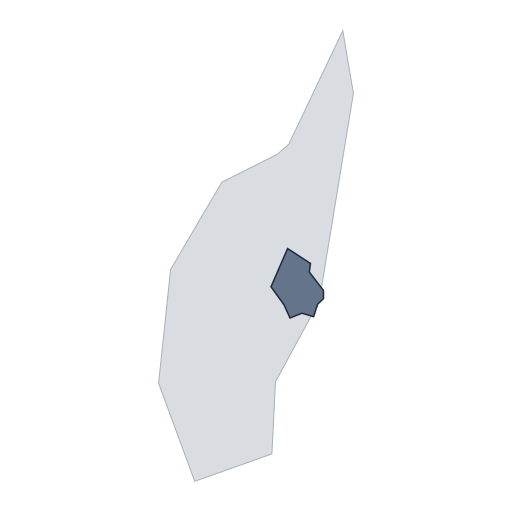 Melekeok highlighted on a map of Palau
{"feature_id": "PLW-5250", "entity_name": "Melekeok", "entity_type": "state/province", "adm_level": 1, "iso_a3": "PLW", "parent_name": "Palau", "parent_adm1": "", "projection": "albers", "projection_center": [134.62, 7.515], "detail": "fine", "context": "in_parent", "style": "filled", "palette": "slate", "viewbox_px": 512, "rotation_deg": 0, "n_neighbors": 0, "source": "natural_earth", "source_scale": "10m", "svg_char_len": 480}
<svg xmlns="http://www.w3.org/2000/svg" viewBox="0 0 512 512"><path d="M271.9,453.9L194.7,481.3L158.6,383.2L170.6,269.6L221.8,182.2L277.4,154.2L288.8,144.2L342.8,30.7L353.4,93.3L319.3,301.0L275.5,381.8L271.9,453.9Z" fill="#d9dde1" stroke="#a8b0b8" stroke-width="1"/><path d="M310.5,263.5L309.3,272.0L323.5,290.5L323.5,298.6L317.6,304.3L313.6,316.7L301.9,313.2L290.0,318.0L284.0,304.8L271.0,286.8L287.6,248.5L310.5,263.5Z" fill="#64748b" stroke="#1e293b" stroke-width="1.5"/></svg>